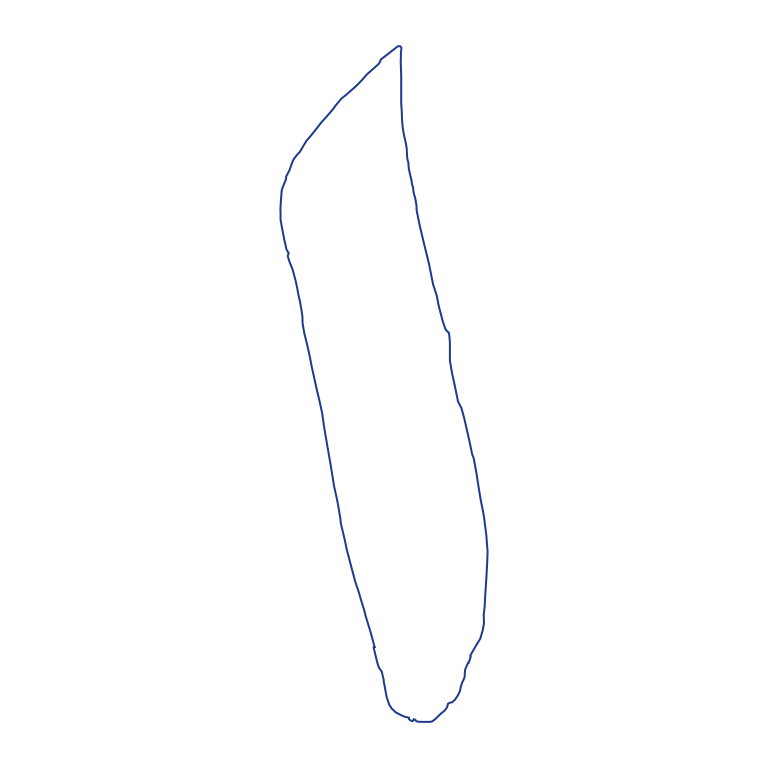 outline of Zamalik, Al Jizah, Egypt
{"feature_id": "37247803B72756565577460", "entity_name": "Zamalik", "entity_type": "district", "adm_level": 2, "iso_a3": "EGY", "parent_name": "Egypt", "parent_adm1": "Al Jizah", "projection": "robinson", "projection_center": [31.224, 30.056], "detail": "fine", "context": "isolated", "style": "outline", "palette": "blue", "viewbox_px": 768, "rotation_deg": 0, "n_neighbors": 0, "source": "geoboundaries", "source_scale": "gbopen_adm2", "svg_char_len": 3254}
<svg xmlns="http://www.w3.org/2000/svg" viewBox="0 0 768 768"><path d="M410.6,720.5L412.3,721.1L413.4,720.6L413.5,720.2L413.7,719.3L415.3,719.8L416.1,720.9L416.2,721.1L416.8,721.4L420.3,721.9L428.9,721.9L431.6,721.6L432.8,721.0L435.8,718.6L440.7,713.8L444.7,710.5L445.9,708.9L447.1,707.2L448.0,703.7L449.4,702.9L450.7,702.6L452.3,702.2L455.3,699.3L458.2,694.8L460.0,691.0L460.4,688.9L460.8,686.8L462.2,682.4L463.5,679.9L463.6,679.7L464.7,676.7L464.8,672.7L465.0,671.1L465.2,669.5L466.5,666.3L468.1,662.8L468.3,662.5L468.9,662.5L470.7,656.7L470.5,656.4L470.2,656.0L471.7,653.1L474.9,647.5L475.0,647.3L480.3,638.6L482.7,630.3L484.0,623.3L483.7,614.7L484.0,612.8L484.2,610.9L484.7,606.0L484.9,601.3L485.0,599.4L485.1,597.5L485.7,588.0L486.4,577.9L487.2,562.4L487.6,551.7L487.0,544.3L486.4,535.8L485.4,528.0L484.5,520.9L484.2,518.7L483.9,516.5L482.9,510.8L480.7,499.9L478.3,485.3L476.4,472.9L473.7,458.2L472.9,456.2L472.1,454.1L470.5,446.2L468.7,437.8L466.4,427.8L464.2,418.1L461.5,408.3L458.0,401.4L454.8,385.7L452.0,373.0L449.9,360.5L449.9,342.4L449.9,342.1L449.5,337.9L449.4,336.7L449.2,334.9L449.1,333.2L445.5,329.4L442.8,321.4L438.9,306.6L436.7,295.5L433.0,284.0L428.9,263.4L424.1,244.0L419.9,226.3L417.0,212.3L416.6,210.2L416.6,208.9L416.6,208.2L416.6,207.8L416.5,205.7L416.3,204.5L416.1,203.2L415.1,197.6L414.4,195.4L413.8,193.2L413.4,191.1L413.2,189.5L413.2,189.0L413.1,188.2L413.0,187.2L412.6,186.1L412.4,185.6L412.1,184.4L411.8,183.0L411.7,182.1L411.6,181.0L410.3,175.4L408.8,168.8L408.3,162.5L407.7,160.3L407.2,158.0L406.7,148.5L405.9,143.5L404.0,135.2L402.7,127.7L402.0,119.1L401.8,112.0L401.3,104.7L401.2,103.1L401.2,101.5L401.2,94.6L401.2,85.2L401.2,75.8L400.8,64.0L400.7,61.6L400.8,59.0L400.9,58.2L400.9,57.1L400.9,52.8L400.9,52.3L401.0,51.8L401.3,49.7L401.4,48.1L401.1,47.2L400.7,46.7L399.9,46.2L398.8,46.1L397.9,46.4L397.3,46.7L380.6,59.7L380.2,61.6L380.0,61.9L378.7,63.9L367.1,74.2L360.6,81.5L356.6,85.6L351.4,90.2L345.7,95.2L341.6,98.4L335.0,106.2L334.6,107.0L334.2,107.7L326.2,117.1L321.5,122.2L316.7,128.4L309.9,136.9L306.4,140.9L303.6,145.5L299.7,152.1L298.2,153.6L296.8,155.1L294.2,158.5L293.5,159.7L292.8,161.0L291.2,165.2L289.6,169.9L286.1,176.7L286.1,177.8L286.1,178.9L284.2,183.6L283.7,184.9L282.7,187.1L281.7,190.5L281.2,196.8L280.8,202.4L280.4,208.9L280.5,211.3L280.6,213.7L280.5,219.1L281.7,226.3L283.1,233.5L284.2,239.3L284.7,241.6L285.3,243.8L286.4,249.3L288.7,253.2L288.2,254.3L287.7,256.1L289.7,262.3L292.7,269.7L294.2,275.4L295.8,281.5L297.3,288.5L298.3,294.3L300.0,301.5L301.3,309.1L302.4,316.2L302.6,323.6L304.3,333.2L306.3,341.2L308.3,349.7L310.1,358.2L311.8,367.1L314.0,376.9L315.4,383.4L317.3,391.9L319.1,399.2L321.0,407.8L322.3,414.0L323.9,425.7L327.4,446.4L327.7,447.9L330.9,466.4L334.0,485.8L337.5,501.7L340.2,517.5L340.8,523.1L344.5,538.8L346.7,549.3L349.3,559.2L352.5,571.4L355.4,582.2L358.7,591.9L361.3,600.9L364.3,610.5L365.8,616.6L370.5,631.8L374.3,645.8L374.8,647.1L374.3,647.2L373.6,647.4L377.1,661.9L378.6,666.9L379.1,667.8L380.0,669.2L380.1,669.5L381.6,671.2L383.5,679.0L383.7,680.6L383.9,682.2L386.7,697.2L389.2,704.6L391.7,708.5L395.2,711.8L395.4,712.0L395.6,712.3L401.2,715.2L403.1,716.0L405.0,716.8L409.0,717.7L408.9,718.8L408.9,719.2L410.6,720.5Z" fill="none" stroke="#1e3a8a" stroke-width="2"/></svg>